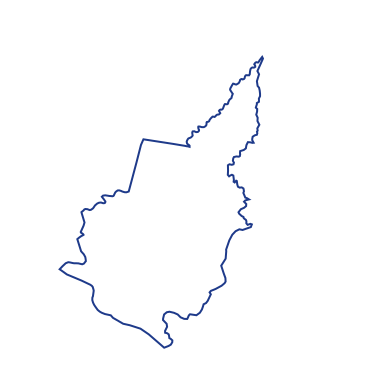 Kaga-Bandoro, Nana-Grébizi, Central African Republic (Albers equal-area conic projection), rotated 35°
{"feature_id": "33826404B9567885504809", "entity_name": "Kaga-Bandoro", "entity_type": "district", "adm_level": 2, "iso_a3": "CAF", "parent_name": "Central African Republic", "parent_adm1": "Nana-Grébizi", "projection": "albers", "projection_center": [19.16, 7.502], "detail": "fine", "context": "isolated", "style": "outline", "palette": "blue", "viewbox_px": 384, "rotation_deg": 35, "n_neighbors": 0, "source": "geoboundaries", "source_scale": "gbopen_adm2", "svg_char_len": 4840}
<svg xmlns="http://www.w3.org/2000/svg" viewBox="0 0 384 384"><g transform="rotate(35 192 192)"><path d="M172.0,41.1L171.8,45.4L172.0,46.9L171.8,48.1L170.2,48.8L169.8,49.6L169.7,50.2L169.7,51.0L169.7,51.6L170.6,52.0L171.1,52.1L171.7,52.8L172.0,53.1L171.8,54.0L171.2,54.7L170.0,55.4L169.7,55.9L169.4,57.2L169.5,57.9L170.0,59.1L170.4,60.0L171.3,61.6L171.8,62.5L171.8,63.7L171.1,64.1L170.2,64.8L169.4,65.2L169.1,65.7L169.1,66.9L169.4,67.7L169.8,68.5L169.8,69.5L169.0,70.7L168.1,70.8L167.6,71.2L167.1,72.5L167.5,73.6L167.7,74.5L167.8,75.8L167.7,76.3L167.0,77.9L166.7,78.5L165.8,79.0L164.0,79.4L163.5,79.7L163.6,81.8L163.8,83.2L163.9,84.6L164.2,85.8L164.6,86.4L165.9,87.0L166.5,87.2L167.6,87.7L168.5,88.0L169.1,88.2L169.7,90.6L170.0,91.5L170.4,92.1L170.2,93.4L169.9,94.2L169.8,95.4L170.3,98.0L170.7,98.6L170.7,99.6L170.3,100.1L169.6,100.5L168.6,101.0L168.5,101.4L168.6,102.4L169.5,105.9L169.4,106.9L168.9,107.7L168.1,108.1L167.6,108.9L167.6,110.1L168.7,110.6L169.9,111.2L169.7,112.7L169.4,113.2L168.7,113.8L168.2,114.3L167.9,115.1L167.8,116.1L167.5,117.5L167.2,117.6L165.8,118.3L165.6,118.5L165.2,120.7L165.1,121.6L165.1,123.1L165.4,124.0L165.2,124.9L164.0,126.2L164.1,126.8L164.5,127.4L164.8,127.7L165.2,128.7L165.4,129.1L165.3,130.3L164.9,131.3L164.5,132.1L163.8,132.6L162.9,133.2L162.4,133.4L161.1,133.8L160.2,134.3L159.7,134.7L159.8,135.2L160.8,136.3L161.0,136.5L162.0,137.0L162.5,137.6L162.6,138.3L162.3,139.5L161.0,140.6L158.9,141.0L158.3,141.6L157.8,142.0L158.0,143.0L158.6,143.8L160.1,145.3L160.2,146.0L159.9,147.7L159.7,148.1L159.3,148.8L158.7,149.6L158.3,150.4L158.3,151.6L158.6,153.3L158.9,154.0L160.3,155.2L161.9,155.3L162.9,155.3L163.5,155.5L164.1,156.4L163.5,156.6L162.4,157.0L161.5,157.5L159.4,158.4L158.6,158.8L148.8,163.5L122.0,176.7L123.2,182.7L129.6,199.7L139.9,227.9L138.4,229.9L137.2,230.7L136.1,231.1L134.6,231.6L133.3,231.8L131.5,232.4L130.8,232.9L130.2,233.4L129.5,235.4L129.4,236.6L129.6,237.6L129.7,238.5L129.9,239.3L129.9,240.3L129.2,241.2L128.0,241.8L126.7,242.6L124.8,243.5L122.8,244.5L121.2,246.0L120.9,247.6L124.5,248.7L125.9,249.3L126.4,249.4L126.7,249.7L126.9,250.4L126.9,250.9L126.4,251.6L125.5,252.2L124.5,252.5L123.5,252.8L122.9,253.3L122.0,254.1L121.6,254.7L120.9,256.0L120.6,257.3L120.2,258.9L120.3,259.5L120.3,260.4L120.3,262.1L119.9,263.3L119.4,264.6L118.5,265.5L116.1,266.1L115.6,266.4L114.4,267.1L113.8,268.1L113.7,269.5L113.3,270.7L113.0,271.9L113.9,272.7L121.4,278.6L122.5,281.8L123.8,288.6L124.5,289.0L125.6,288.9L127.1,289.0L127.7,289.3L127.4,290.1L126.6,291.6L125.7,294.1L125.1,296.4L135.2,304.2L139.1,305.1L141.9,306.5L143.3,307.9L144.7,309.5L144.6,310.9L144.5,312.7L143.5,314.2L139.7,315.7L135.8,318.3L132.4,319.7L130.9,320.5L129.4,322.8L128.5,327.1L127.9,331.2L136.8,331.3L152.4,327.9L158.4,326.9L161.9,326.3L163.7,326.3L165.1,326.7L167.0,328.2L168.1,329.2L170.6,334.1L171.0,335.7L172.3,337.7L174.3,339.3L176.4,340.5L178.4,341.3L182.4,342.7L185.0,342.9L187.3,342.7L190.7,341.9L196.2,339.6L199.5,340.4L211.2,339.4L217.5,336.8L228.2,333.5L238.2,333.4L258.5,335.5L261.1,331.6L262.2,329.2L262.0,326.4L261.0,324.8L258.7,324.5L257.3,324.7L255.8,323.1L254.6,322.0L252.8,321.9L250.7,322.7L249.6,321.2L248.9,316.7L246.8,314.5L241.7,313.5L240.9,312.2L239.4,308.3L240.3,305.0L242.2,303.0L246.5,301.3L250.5,300.5L254.5,301.2L258.4,300.4L260.9,298.7L260.7,297.3L260.2,294.9L260.5,293.3L266.3,290.4L267.7,286.4L267.5,282.5L266.6,279.3L265.9,277.3L267.2,274.9L267.3,272.1L266.1,265.0L264.0,264.1L264.2,262.1L265.8,259.7L267.0,257.8L270.0,251.8L271.0,248.0L270.9,246.1L268.7,243.3L264.7,240.5L258.2,235.6L257.8,227.3L254.1,221.0L253.0,219.6L250.3,210.2L249.5,203.9L250.2,199.1L252.2,195.4L255.2,194.1L260.3,187.0L259.6,184.2L258.1,184.6L256.4,187.0L254.5,186.5L253.3,184.7L252.1,183.9L250.8,183.9L249.5,183.8L248.4,182.9L246.5,183.2L243.0,182.7L241.7,181.9L241.9,178.1L243.7,175.1L244.4,172.5L243.3,170.7L240.2,170.1L240.5,168.3L242.1,166.3L242.9,165.4L240.7,165.5L238.8,166.0L237.0,164.8L234.6,163.3L234.2,161.7L233.2,160.6L232.1,159.6L230.1,159.7L228.5,161.1L226.6,161.3L224.8,159.9L222.4,157.3L221.7,157.4L221.5,159.7L220.2,159.7L219.4,158.1L216.4,154.8L214.8,155.0L213.8,156.7L213.4,157.9L211.5,157.4L209.4,154.0L206.1,149.5L206.8,147.8L209.0,146.9L210.1,145.5L209.5,143.9L207.6,143.0L206.5,140.8L206.3,139.3L208.0,137.4L210.1,136.2L210.6,135.2L209.9,133.6L208.9,132.5L208.0,130.9L210.3,127.9L211.1,125.4L209.7,122.4L209.2,119.1L211.2,117.9L213.3,117.1L214.2,116.3L211.6,115.0L210.9,114.0L210.0,111.9L210.9,109.6L212.3,107.9L211.8,106.4L210.6,105.3L210.6,104.1L209.0,102.4L208.6,98.3L204.9,96.3L203.2,93.5L200.3,91.8L199.2,88.8L197.8,86.6L195.9,86.3L195.4,84.8L194.9,83.1L194.1,81.9L194.8,80.4L195.1,79.7L194.2,78.4L193.2,77.1L192.8,74.5L191.4,72.5L189.3,70.1L187.1,68.1L184.9,67.5L181.6,64.0L179.4,57.1L176.2,55.4L174.6,47.0L173.6,42.0L172.0,41.1Z" fill="none" stroke="#1e3a8a" stroke-width="2"/></g></svg>